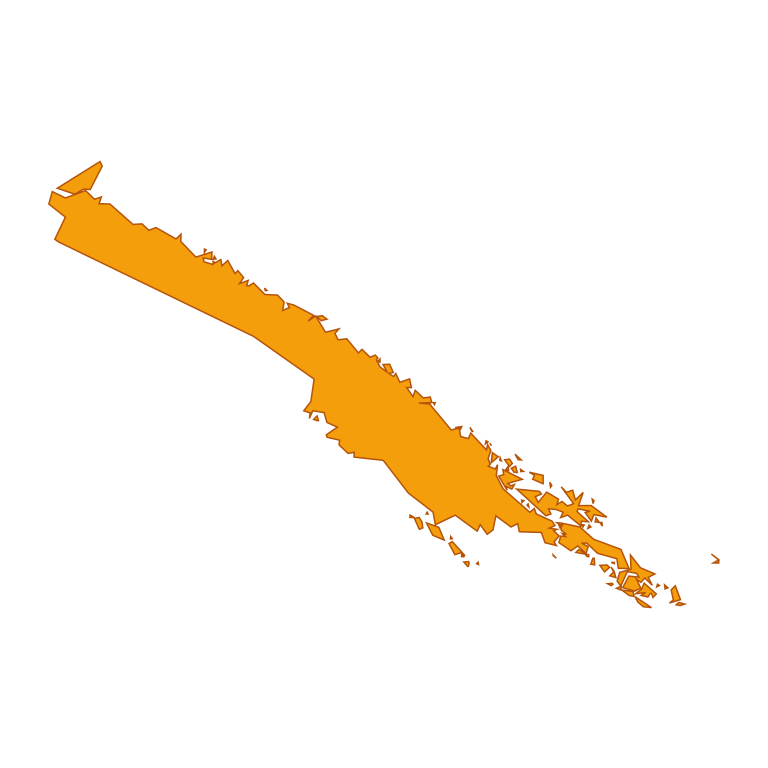 the district of Hograno-Kia-Havulei, Isabel, Solomon Islands, rotated 176°
{"feature_id": "97153195B62958617202697", "entity_name": "Hograno-Kia-Havulei", "entity_type": "district", "adm_level": 2, "iso_a3": "SLB", "parent_name": "Solomon Islands", "parent_adm1": "Isabel", "projection": "robinson", "projection_center": [158.602, -7.881], "detail": "fine", "context": "isolated", "style": "filled", "palette": "amber", "viewbox_px": 768, "rotation_deg": 176, "n_neighbors": 0, "source": "geoboundaries", "source_scale": "gbopen_adm2", "svg_char_len": 6225}
<svg xmlns="http://www.w3.org/2000/svg" viewBox="0 0 768 768"><g transform="rotate(176 384 384)"><path d="M705.8,586.9L690.2,572.7L702.3,551.3L698.2,548.1L510.8,440.6L453.4,393.8L458.2,371.6L465.9,362.9L459.6,360.2L460.9,354.9L456.9,362.3L445.7,359.6L443.6,349.6L433.5,344.2L445.1,337.3L444.5,334.8L432.2,331.1L433.1,326.4L424.7,317.3L418.5,317.9L419.0,313.2L390.1,307.9L367.3,273.5L344.0,252.8L342.6,240.0L322.1,248.2L301.3,230.7L297.9,237.0L291.5,226.9L285.4,230.9L281.6,244.7L267.3,232.5L260.4,235.4L259.3,227.2L237.4,224.9L234.4,214.4L223.3,210.8L225.4,214.6L219.9,220.2L225.0,225.9L221.5,226.9L229.1,228.7L223.3,230.9L225.9,235.4L241.2,243.8L242.7,249.3L247.5,245.9L272.4,271.0L278.4,284.6L276.3,295.6L278.9,291.4L285.7,294.7L283.7,296.4L285.3,302.3L282.1,310.3L284.8,316.2L286.4,311.1L300.9,328.9L303.6,323.7L311.1,326.2L312.2,334.7L320.2,333.5L339.8,360.8L350.6,362.6L337.6,362.1L338.8,367.8L345.7,367.3L353.3,375.5L356.0,369.3L361.6,378.9L356.9,378.5L358.1,387.3L368.1,384.6L371.5,393.6L374.0,390.7L378.5,394.3L373.9,394.8L377.0,403.3L383.6,403.5L379.9,395.4L386.8,401.4L390.0,408.6L388.3,410.4L390.7,413.5L396.0,411.6L403.5,420.1L407.3,416.8L418.0,431.7L426.7,431.3L429.4,438.0L425.1,442.1L438.8,439.7L447.4,456.6L455.2,452.1L449.3,457.3L468.3,469.0L474.9,471.3L473.0,466.9L480.0,464.4L477.9,472.6L483.9,480.1L496.6,481.6L507.2,493.9L511.8,491.4L514.1,491.7L512.3,496.8L521.2,494.2L516.6,499.9L521.9,507.3L524.9,504.5L531.2,518.1L537.4,513.2L538.1,519.5L546.9,515.4L554.9,518.4L555.7,522.3L547.2,520.4L546.4,527.7L562.8,523.7L576.8,540.4L576.0,547.6L581.4,543.2L600.6,556.0L607.8,553.7L614.2,560.6L623.3,560.7L644.9,582.7L655.7,583.7L652.9,590.3L659.9,588.5L668.2,597.8L688.8,591.8L701.5,599.1L705.8,586.9ZM258.9,269.9L231.7,241.3L226.6,242.7L228.5,248.0L221.3,246.9L214.2,243.6L217.1,238.4L210.0,240.4L197.5,228.7L196.8,233.3L189.7,232.3L200.3,243.2L199.1,246.0L187.3,242.6L192.3,241.8L186.7,232.8L183.7,239.1L171.0,235.6L185.8,248.3L198.4,249.1L192.9,261.9L201.2,255.0L203.2,264.9L209.6,263.2L214.4,269.1L203.2,251.4L209.5,249.5L214.6,254.4L220.1,251.6L217.9,256.9L229.2,264.8L238.5,255.1L240.9,261.1L234.6,263.2L236.6,266.1L258.9,269.9ZM220.6,213.6L209.2,204.6L202.0,208.9L194.3,200.7L191.7,207.5L198.1,211.5L192.8,211.1L182.8,200.2L163.9,193.5L163.1,183.8L152.4,182.8L159.2,202.5L185.7,214.5L198.6,227.7L215.8,232.6L215.6,232.1L216.0,230.3L217.6,228.8L217.4,225.8L212.6,221.3L216.7,222.4L213.6,219.2L218.3,220.0L220.6,213.6ZM696.3,602.1L679.2,594.9L670.1,599.4L663.5,598.5L649.9,621.0L651.8,625.7L696.3,602.1ZM165.2,171.0L161.9,166.0L154.3,179.9L145.2,177.5L143.2,173.5L153.1,175.3L160.1,164.2L148.2,159.9L142.2,162.5L145.7,171.6L141.6,168.2L137.4,172.3L130.4,164.5L133.9,172.7L127.0,175.6L141.0,182.8L150.1,196.2L150.5,182.0L162.0,179.6L165.2,171.0ZM276.1,284.1L268.6,269.5L269.4,273.3L263.8,270.3L260.9,274.6L264.7,273.6L267.6,276.2L252.7,279.3L271.4,290.3L270.9,285.2L276.1,284.1ZM147.6,157.2L137.6,157.7L142.2,155.2L135.6,153.1L133.2,156.3L131.9,156.7L130.5,152.3L127.0,155.6L138.4,167.2L141.4,161.2L147.6,157.2ZM351.3,242.4L345.9,229.7L334.8,224.1L339.3,237.2L351.3,242.4ZM245.2,285.9L240.3,282.4L242.3,278.6L232.2,273.4L231.6,281.7L245.2,285.9ZM114.5,145.6L103.3,148.2L107.5,162.4L111.9,158.5L110.4,148.4L114.5,145.6ZM330.3,220.3L325.2,208.8L317.9,210.6L326.9,222.0L330.3,220.3ZM280.7,308.0L282.5,298.1L275.1,303.4L280.7,308.0ZM148.4,154.3L145.9,148.7L140.8,143.7L132.8,142.3L148.4,154.3ZM363.0,247.7L358.9,236.6L355.3,237.8L355.7,243.6L358.3,248.4L363.0,247.7ZM161.1,161.9L154.3,156.0L149.4,154.7L150.1,159.6L161.1,161.9ZM172.1,176.9L166.2,174.7L167.6,181.3L170.2,185.5L168.0,180.4L172.1,176.9ZM181.3,188.0L177.1,181.2L171.7,185.4L174.2,187.9L181.3,188.0ZM268.9,300.0L264.6,293.0L261.5,295.8L264.0,300.3L268.9,300.0ZM262.9,291.0L260.4,286.9L257.2,286.4L258.5,292.8L262.9,291.0ZM446.4,456.1L442.2,451.5L436.4,452.7L440.8,456.4L446.4,456.1ZM190.3,189.8L186.4,188.9L186.5,195.5L187.8,195.6L190.3,189.8ZM265.9,293.1L268.4,290.1L265.7,288.9L265.9,293.1ZM161.5,165.7L166.3,164.0L162.2,162.0L161.5,165.7ZM107.9,143.4L104.1,142.3L99.4,143.5L105.0,145.5L107.9,143.4ZM204.3,202.6L196.8,200.7L196.6,201.7L201.2,205.3L204.3,202.6ZM225.5,274.5L225.1,269.4L223.7,271.0L225.5,274.5ZM456.7,353.6L452.8,351.9L451.9,352.1L453.0,356.8L456.7,353.6ZM316.8,200.8L313.2,196.2L312.6,196.2L311.7,199.0L311.7,200.3L312.0,200.9L316.8,200.8ZM316.0,335.6L311.8,334.9L310.8,333.6L309.4,336.1L316.0,335.6ZM69.3,191.5L62.4,185.1L68.0,182.5L62.6,182.0L62.2,185.2L69.3,191.5ZM118.1,164.0L117.9,159.9L115.0,160.9L118.1,164.0ZM184.3,254.6L183.8,250.1L182.6,253.0L184.3,254.6ZM181.8,235.6L183.0,231.7L178.9,231.0L181.8,235.6ZM178.2,230.6L176.0,227.0L176.4,230.8L178.2,230.6ZM195.9,200.8L193.3,197.6L191.8,197.4L191.7,199.4L195.9,200.8ZM386.3,409.2L388.5,407.1L386.5,406.0L386.3,409.2ZM189.2,229.1L190.8,225.7L187.6,226.9L189.2,229.1ZM286.1,320.2L287.0,317.2L284.3,319.0L286.1,320.2ZM367.1,251.4L367.5,249.1L362.9,248.6L367.1,251.4ZM301.3,334.7L299.5,330.4L298.8,330.5L301.3,334.7ZM125.1,165.2L126.1,162.6L123.3,163.7L125.1,165.2ZM553.7,531.1L554.0,527.7L552.1,530.3L553.7,531.1ZM253.7,289.3L253.7,287.1L251.0,287.1L253.7,289.3ZM544.3,523.2L545.6,520.4L542.9,520.5L544.3,523.2ZM224.2,198.2L227.2,201.6L227.1,200.9L224.2,198.2ZM496.5,488.0L495.8,485.3L494.3,485.5L496.5,488.0ZM349.9,253.1L351.0,251.4L349.1,251.2L349.9,253.1ZM258.2,304.9L255.4,299.1L252.4,298.7L258.2,304.9ZM174.9,169.2L171.6,167.0L169.6,168.1L170.0,169.2L174.9,169.2ZM249.8,253.2L248.1,251.3L248.6,254.3L249.8,253.2ZM219.6,231.6L218.5,228.6L217.8,229.7L219.6,231.6ZM336.0,361.9L335.1,359.9L334.2,361.8L336.0,361.9ZM318.7,206.5L316.0,205.9L317.8,207.4L317.5,209.3L317.0,207.8L315.7,207.5L315.9,206.6L315.5,207.6L317.3,209.6L318.2,209.0L318.6,208.2L318.7,206.5ZM273.3,302.3L273.8,299.8L272.3,299.2L273.3,302.3ZM221.1,233.5L217.4,230.6L215.9,231.5L216.9,232.9L221.1,233.5ZM328.0,227.2L328.6,224.9L326.7,224.9L328.0,227.2ZM282.7,317.6L282.0,316.3L281.0,315.0L282.7,317.6ZM196.3,229.9L195.5,227.5L194.2,229.4L196.3,229.9ZM254.9,258.5L254.6,256.1L252.7,258.0L254.9,258.5ZM302.6,199.7L304.2,198.3L302.3,197.3L302.6,199.7ZM545.9,518.3L546.0,516.1L545.0,517.7L545.9,518.3ZM169.8,190.1L166.7,188.8L166.7,190.0L169.8,190.1Z" fill="#f59e0b" stroke="#b45309" stroke-width="1.5"/></g></svg>